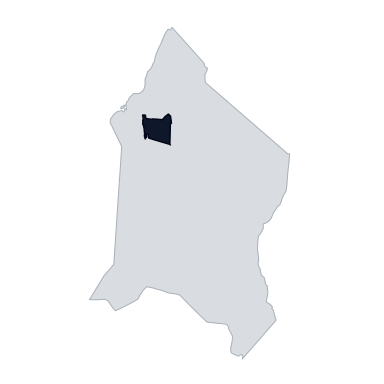 Galole, Coast, Kenya shown in context, rotated 184°
{"feature_id": "3690345B71380805916784", "entity_name": "Galole", "entity_type": "district", "adm_level": 2, "iso_a3": "KEN", "parent_name": "Kenya", "parent_adm1": "Coast", "projection": "equal_earth", "projection_center": [39.8, -1.506], "detail": "fine", "context": "in_parent", "style": "filled", "palette": "ink", "viewbox_px": 384, "rotation_deg": 184, "n_neighbors": 0, "source": "geoboundaries", "source_scale": "gbopen_adm2", "svg_char_len": 5503}
<svg xmlns="http://www.w3.org/2000/svg" viewBox="0 0 384 384"><g transform="rotate(184 192 192)"><path d="M97.3,236.8L97.3,231.4L97.8,217.5L97.8,205.3L98.3,199.2L100.5,195.3L101.5,192.5L102.3,188.6L103.5,185.4L106.1,182.8L106.6,181.4L109.4,177.0L111.1,171.4L112.4,169.5L113.9,167.8L115.1,166.9L116.9,165.9L118.3,165.4L118.6,165.0L118.7,164.1L118.3,160.6L118.9,159.5L119.9,157.1L121.0,155.0L122.0,153.6L122.6,152.2L122.8,149.8L122.9,148.0L122.9,145.2L122.6,138.8L121.4,133.4L120.6,127.4L121.2,125.5L120.3,122.0L119.8,121.8L119.0,121.0L118.1,117.7L117.3,114.7L116.9,113.9L113.7,111.2L112.1,105.0L110.4,103.6L109.4,97.4L109.2,95.7L110.2,89.5L110.1,88.1L109.1,86.7L106.1,85.4L103.7,82.9L104.0,82.0L104.2,81.1L102.9,80.4L99.2,69.9L104.0,63.5L108.9,57.1L115.0,48.9L120.7,41.5L125.6,35.0L130.0,29.3L129.9,30.3L129.9,31.8L130.4,32.7L131.3,33.3L132.6,32.7L133.7,31.8L134.7,31.6L141.3,34.0L142.4,36.1L142.3,38.3L142.6,40.0L142.1,41.6L141.5,46.5L141.6,51.1L143.6,54.5L145.4,57.1L146.7,60.8L147.8,61.9L149.2,62.5L153.7,62.7L160.3,62.9L166.8,63.2L167.3,63.2L168.7,63.8L174.6,68.8L180.0,73.4L184.6,77.3L189.0,81.2L193.3,85.0L196.7,88.1L200.0,89.1L205.3,89.5L209.0,89.7L212.5,91.0L217.6,92.2L221.4,92.8L223.7,93.5L230.1,94.3L231.1,93.8L233.9,90.4L237.1,84.7L238.3,81.6L242.4,78.6L249.6,74.2L254.6,71.2L260.2,68.2L262.8,70.8L266.3,75.1L267.8,77.1L269.1,78.1L271.0,78.7L273.3,78.7L274.6,78.6L277.2,78.1L283.3,77.6L286.7,77.6L283.8,83.2L280.3,90.0L273.9,102.4L269.0,108.9L265.3,113.9L264.9,114.8L265.0,120.3L265.0,133.7L265.1,160.7L265.2,187.6L265.2,214.6L265.3,228.1L265.3,232.6L268.6,238.3L271.7,243.8L275.9,251.1L278.2,255.0L278.6,256.4L278.4,259.0L275.0,264.5L272.1,267.0L268.3,268.2L267.2,267.9L265.7,267.1L265.1,268.5L264.7,270.5L263.8,270.1L263.2,269.5L263.6,273.1L264.0,274.9L263.4,277.4L261.5,279.5L261.4,281.3L257.3,286.0L251.7,286.5L248.7,288.8L247.3,290.7L246.3,294.9L246.7,301.3L245.1,306.2L244.8,308.7L241.9,311.9L240.6,314.8L239.6,317.8L238.8,319.1L237.8,325.8L236.4,329.9L236.0,331.2L235.7,332.4L234.6,334.8L234.0,336.4L233.5,337.5L230.0,347.9L227.3,352.6L225.2,352.1L223.8,353.9L223.6,354.7L222.9,354.3L221.1,352.6L217.5,349.0L213.8,345.5L210.2,342.0L206.5,338.4L202.9,334.9L199.2,331.4L195.6,327.8L192.0,324.3L189.8,322.2L188.9,321.0L188.1,318.6L187.8,318.0L186.8,317.2L185.7,317.0L185.3,316.6L185.3,315.4L185.7,313.7L187.1,310.5L187.2,308.6L187.0,306.4L186.5,302.9L186.2,302.1L183.8,300.3L178.7,296.5L173.6,292.7L168.6,288.9L163.5,285.1L158.5,281.3L153.4,277.5L148.3,273.7L143.3,269.9L138.2,266.1L133.1,262.3L128.1,258.5L123.0,254.7L118.0,250.9L112.9,247.1L107.8,243.3L102.8,239.5L100.9,238.0L99.2,236.8L97.3,236.8ZM265.7,273.8L264.8,274.1L265.2,272.2L267.8,269.9L268.9,270.4L269.1,271.0L269.0,271.4L268.6,271.9L265.7,273.8Z" fill="#d9dde1" stroke="#a8b0b8" stroke-width="1"/><path d="M217.2,237.8L217.4,238.4L217.4,238.5L217.5,239.0L217.6,242.1L218.3,257.7L218.3,258.4L218.3,258.5L218.2,258.5L218.1,258.8L217.9,258.8L217.7,258.9L217.6,259.0L217.4,259.2L217.3,259.3L218.5,265.1L218.7,265.9L218.7,266.0L218.8,266.0L219.0,266.3L219.2,266.5L219.3,266.5L219.5,266.7L219.5,266.8L219.7,267.0L219.8,267.1L220.0,267.3L220.3,267.4L220.3,267.5L220.6,267.6L220.7,267.8L220.8,267.8L221.1,268.0L222.4,266.8L223.6,265.8L223.7,265.7L223.8,265.7L224.0,265.5L224.1,265.4L224.1,265.2L224.3,265.0L224.3,264.9L224.2,264.9L224.2,264.7L224.3,264.6L224.5,264.5L224.6,264.4L224.8,264.3L224.9,264.2L225.0,264.1L225.2,263.9L225.2,263.7L225.3,263.7L225.5,263.4L225.7,263.2L225.9,262.8L225.9,262.7L226.0,262.7L226.1,262.4L226.2,262.2L226.3,262.1L227.4,262.1L228.0,262.1L228.6,262.1L232.8,262.2L235.0,262.1L236.4,262.1L236.5,261.8L238.6,261.8L240.8,261.9L242.9,262.1L243.0,262.2L243.1,262.3L243.2,262.5L243.3,262.8L243.4,263.2L243.5,263.5L243.6,263.9L243.6,264.2L243.7,264.6L243.7,264.9L243.8,265.3L244.8,265.4L246.0,265.3L246.5,265.3L246.5,265.1L246.5,264.8L246.5,264.6L246.5,264.4L246.5,264.2L246.4,264.1L246.3,263.8L246.2,263.7L246.0,263.4L246.0,263.2L245.9,263.0L245.9,262.9L245.9,262.6L245.9,262.4L245.9,262.0L245.8,261.8L245.8,261.7L245.8,261.2L245.9,260.9L246.0,260.6L246.0,260.4L246.1,260.2L246.1,259.9L246.1,259.7L245.9,259.4L245.9,259.2L245.8,258.9L245.8,258.6L245.8,258.2L245.9,257.9L245.9,257.6L245.9,257.4L245.9,257.2L245.8,256.8L245.8,256.6L245.8,256.4L245.7,256.2L245.6,255.9L245.6,255.7L245.4,255.4L245.3,255.2L245.2,255.1L245.0,254.9L244.9,254.8L244.9,254.6L244.8,254.3L244.7,254.2L244.7,253.9L244.6,253.7L244.6,253.4L244.6,253.1L244.5,252.8L244.4,252.7L244.3,252.4L244.2,252.2L244.1,251.9L244.1,251.7L244.1,251.4L244.1,251.1L244.0,250.8L244.0,250.4L243.9,250.2L243.9,249.8L243.8,249.3L243.6,248.6L243.6,248.1L243.5,247.9L243.5,247.7L243.5,247.4L243.4,247.3L243.4,247.2L243.3,246.9L243.2,246.8L243.2,246.7L243.2,246.3L243.3,246.1L243.3,245.9L243.4,245.6L243.4,245.3L243.4,245.1L243.4,244.9L243.4,244.7L243.3,244.3L243.2,244.0L243.2,243.9L243.0,243.4L243.0,243.2L242.9,243.0L242.9,242.9L242.6,242.5L242.5,242.2L242.4,242.0L242.1,242.5L241.9,242.7L241.9,242.8L241.7,242.8L241.5,243.1L241.6,243.3L241.4,243.5L241.3,243.8L241.2,243.8L241.2,244.0L241.3,244.1L241.2,244.2L241.2,244.3L241.2,244.5L241.3,244.7L241.3,244.8L241.4,245.0L241.5,245.3L241.6,245.5L241.7,245.8L241.7,246.0L241.8,246.1L241.8,246.3L241.3,246.4L241.0,246.4L240.7,246.4L239.8,246.4L239.8,246.2L239.7,246.1L239.7,245.9L239.7,245.7L239.6,245.4L239.4,244.8L239.4,244.7L239.3,244.4L239.3,244.2L239.1,243.6L239.1,243.4L239.0,243.2L238.8,242.8L231.8,241.1L219.4,238.4L217.7,238.0L217.2,237.8Z" fill="#0f172a" stroke="#020617" stroke-width="1.5"/></g></svg>